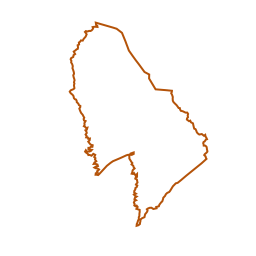 outline of Luiziana, Paraná, Brazil, rotated 118°
{"feature_id": "56859067B36916274866347", "entity_name": "Luiziana", "entity_type": "district", "adm_level": 2, "iso_a3": "BRA", "parent_name": "Brazil", "parent_adm1": "Paraná", "projection": "robinson", "projection_center": [-52.28, -24.346], "detail": "fine", "context": "isolated", "style": "outline", "palette": "amber", "viewbox_px": 256, "rotation_deg": 118, "n_neighbors": 0, "source": "geoboundaries", "source_scale": "gbopen_adm2", "svg_char_len": 3945}
<svg xmlns="http://www.w3.org/2000/svg" viewBox="0 0 256 256"><g transform="rotate(118 128 128)"><path d="M158.4,61.0L155.7,60.2L154.5,59.9L153.1,58.4L149.1,56.7L142.8,54.2L124.7,46.5L118.4,44.2L117.7,45.3L116.7,46.1L116.1,48.0L114.9,47.9L113.3,47.2L111.6,46.8L110.6,47.5L109.8,48.3L108.8,48.9L107.7,49.9L107.3,51.4L108.0,52.9L106.9,53.6L106.1,54.5L104.9,54.7L103.8,54.0L101.6,53.8L100.8,53.0L99.7,54.4L99.1,55.6L97.8,56.6L99.2,57.3L98.7,60.0L100.3,62.0L100.0,64.0L99.4,65.3L98.2,66.6L97.3,67.9L97.5,69.2L96.7,70.0L94.4,72.0L93.4,72.8L93.4,75.1L92.3,76.5L93.3,77.3L92.9,80.0L91.8,80.4L90.3,80.1L88.9,81.2L87.4,81.5L86.6,82.9L87.4,84.5L87.5,87.5L88.0,89.4L87.2,90.7L86.1,91.6L86.6,92.7L85.8,94.2L85.0,95.9L84.4,98.0L83.8,99.9L82.9,101.2L81.2,102.3L79.6,103.0L78.0,104.7L77.0,106.2L75.7,106.2L74.5,106.7L76.8,112.3L80.9,121.8L74.4,132.6L70.8,134.4L70.8,139.7L66.5,148.6L64.6,152.8L62.2,157.7L59.2,163.6L56.5,166.6L55.2,168.1L52.7,170.9L46.8,178.0L45.7,184.6L46.4,188.4L50.1,205.9L51.9,204.6L52.2,203.1L53.1,202.4L53.8,204.1L54.6,205.5L55.5,206.6L56.4,205.6L57.6,205.6L59.0,206.0L60.0,206.7L60.5,207.9L61.9,209.2L62.2,210.7L63.4,211.1L63.9,209.9L64.7,208.5L65.9,208.4L67.2,208.3L70.3,209.0L72.1,209.0L72.8,210.7L74.3,210.8L75.6,211.5L77.2,210.4L78.6,211.3L80.2,210.0L81.7,209.5L82.6,210.3L84.0,210.8L86.0,211.8L86.8,210.6L87.5,209.4L89.2,210.3L91.0,209.7L92.2,210.5L93.3,211.1L94.4,210.8L95.3,209.5L96.8,209.0L97.8,207.3L99.3,205.8L101.3,205.1L102.4,203.8L104.2,202.0L105.5,201.1L107.1,201.1L108.7,199.8L109.8,198.6L110.9,197.6L112.0,197.4L113.1,197.1L113.9,196.2L115.6,195.8L117.1,194.7L118.0,194.0L119.2,194.3L121.7,196.3L123.3,196.5L124.2,194.9L124.7,192.5L125.4,191.1L127.0,189.8L127.5,188.5L127.3,187.2L128.2,186.0L129.2,185.4L129.8,183.3L130.8,182.1L130.9,180.4L132.2,179.9L133.7,180.1L135.4,178.2L136.7,176.5L137.6,174.2L138.7,172.7L139.4,171.5L140.9,171.4L142.0,170.4L141.8,168.7L144.2,168.8L145.7,167.7L147.1,167.8L147.1,166.4L147.7,165.0L146.8,164.0L148.8,163.6L150.0,164.5L150.7,163.1L151.7,162.1L153.7,162.4L154.6,160.6L155.9,160.5L155.3,158.9L156.2,158.0L155.2,156.7L156.9,156.1L158.7,156.7L159.5,155.0L160.2,153.2L159.8,151.1L161.3,150.6L162.1,152.0L163.4,152.4L164.1,153.6L165.3,153.0L165.0,151.4L164.3,149.7L165.7,150.0L166.9,151.0L168.1,153.2L167.4,154.8L169.0,154.8L169.4,153.5L169.7,151.3L170.5,150.3L169.8,149.3L169.6,147.2L168.3,146.8L167.1,146.5L167.1,144.3L168.3,144.2L169.5,144.2L169.9,142.6L171.3,142.4L172.2,140.4L174.2,141.4L175.8,141.4L174.9,139.9L174.6,137.8L175.7,136.7L176.9,138.1L178.7,139.1L178.7,137.8L178.1,135.9L178.2,134.1L179.3,134.3L180.7,135.0L181.7,133.8L183.1,135.2L184.5,134.7L183.9,133.6L183.6,132.3L182.3,131.8L171.3,128.9L166.9,127.0L164.4,125.7L158.2,120.7L156.4,119.3L154.3,117.7L153.1,116.8L152.0,115.8L150.6,113.7L152.0,113.8L153.3,113.0L154.3,112.5L155.0,111.4L155.6,110.3L156.3,109.2L156.9,107.7L158.5,107.8L158.8,105.7L159.8,104.8L160.6,103.2L162.1,103.8L163.3,104.0L165.2,103.4L166.6,103.3L166.2,101.9L165.0,101.5L165.8,100.1L166.4,99.0L164.4,98.4L166.9,97.1L167.9,98.0L169.3,97.8L169.3,96.0L171.7,94.0L173.3,94.4L174.3,94.4L174.4,92.8L176.2,92.6L177.5,93.3L178.9,92.7L180.6,92.9L182.1,92.2L182.3,90.2L184.0,91.5L184.7,89.6L184.5,88.2L186.4,89.1L187.8,88.9L188.0,87.0L189.3,88.0L191.1,87.8L192.1,86.3L193.4,86.1L193.6,84.6L192.5,83.9L193.2,82.4L195.4,82.6L195.1,80.8L194.8,79.3L196.7,78.2L197.8,77.9L199.1,77.3L200.4,76.6L201.7,76.6L203.2,75.7L205.4,75.6L207.4,75.2L208.6,75.2L210.3,74.5L209.0,73.2L207.2,72.4L206.0,72.9L204.7,73.2L203.7,73.7L202.2,73.8L200.9,73.1L199.0,71.6L197.6,72.0L196.1,72.4L194.2,72.0L192.7,71.8L191.5,72.1L190.9,73.2L189.7,72.6L188.3,71.4L187.4,69.9L187.6,67.6L185.5,65.1L184.5,66.0L182.6,64.0L180.9,64.3L179.3,64.0L178.0,63.8L176.7,63.3L174.3,63.7L173.0,64.1L171.6,63.7L170.5,63.4L168.8,63.5L166.9,62.9L165.2,61.6L163.7,61.3L158.4,61.0ZM150.6,113.7L149.4,113.8L146.9,111.5L148.2,110.8L150.0,112.1L150.6,113.7Z" fill="none" stroke="#b45309" stroke-width="2"/></g></svg>